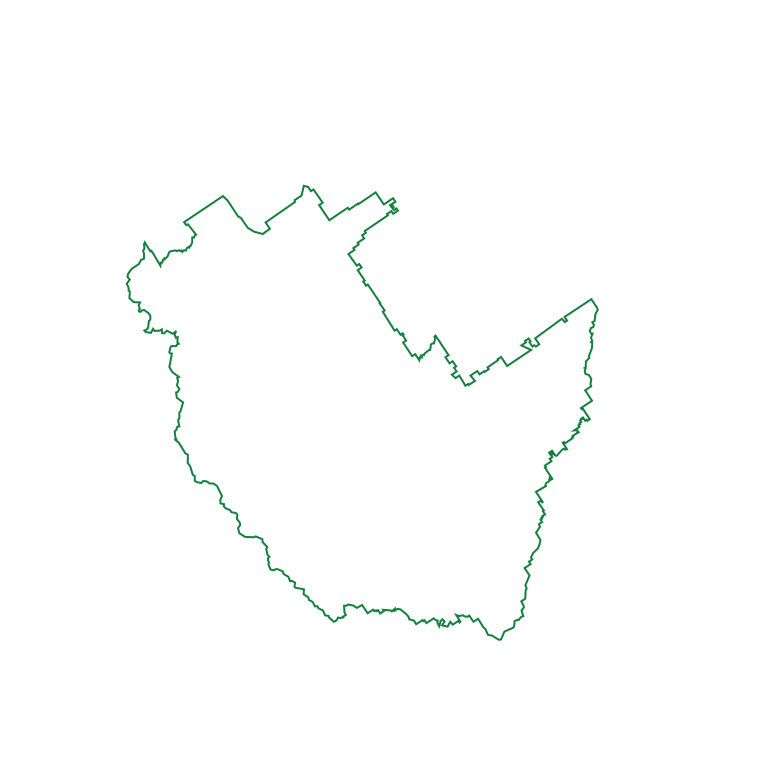 the district of Liverpool Plains, New South Wales, Australia, rotated 47°
{"feature_id": "25037944B45289981242640", "entity_name": "Liverpool Plains", "entity_type": "district", "adm_level": 2, "iso_a3": "AUS", "parent_name": "Australia", "parent_adm1": "New South Wales", "projection": "mercator", "projection_center": [150.406, -31.47], "detail": "fine", "context": "isolated", "style": "outline", "palette": "green", "viewbox_px": 768, "rotation_deg": 47, "n_neighbors": 0, "source": "geoboundaries", "source_scale": "gbopen_adm2", "svg_char_len": 6165}
<svg xmlns="http://www.w3.org/2000/svg" viewBox="0 0 768 768"><g transform="rotate(47 384 384)"><path d="M161.9,376.4L142.9,373.2L136.7,373.7L129.3,419.8L132.8,420.3L133.5,418.5L146.6,419.6L146.2,420.5L147.3,423.0L146.0,424.3L149.5,427.5L151.3,431.8L150.6,432.7L151.3,433.7L150.4,434.0L150.2,435.6L151.3,438.1L149.7,439.0L149.9,441.5L148.2,441.1L147.7,442.4L146.5,442.5L145.4,445.1L144.2,445.3L141.3,449.6L141.2,451.6L143.0,455.0L143.3,458.0L142.3,458.7L143.2,459.7L142.4,460.9L144.0,463.3L143.0,464.5L145.0,466.9L131.7,463.9L127.8,463.3L127.6,464.4L117.3,462.4L118.2,464.4L121.4,466.6L122.2,469.2L125.3,470.9L128.7,474.2L127.5,477.1L129.1,481.5L127.7,490.1L129.0,496.4L130.8,498.6L134.3,498.7L135.2,503.7L140.0,505.4L141.1,506.9L143.3,507.0L147.6,511.7L153.4,511.2L158.0,506.8L159.2,509.8L162.6,511.3L162.7,513.0L163.8,513.7L165.3,512.7L165.0,511.2L166.2,509.0L171.4,507.9L174.7,508.3L177.6,511.1L177.5,512.9L181.8,517.9L182.3,520.3L181.5,522.8L183.3,522.9L187.7,519.6L186.2,515.3L188.6,515.7L191.8,511.9L192.6,509.2L195.2,511.6L197.0,510.4L196.9,506.5L203.2,504.2L203.6,499.8L204.8,503.2L208.3,504.7L209.0,502.9L212.5,506.6L214.6,506.7L213.9,508.2L214.5,510.1L211.2,513.7L211.7,515.4L214.3,519.3L215.5,519.6L217.1,518.4L225.2,529.4L230.7,530.7L239.0,529.2L238.5,531.1L241.4,532.6L243.8,536.4L248.0,537.0L249.2,540.1L248.4,541.8L252.8,544.9L260.4,543.5L264.9,550.9L265.5,553.4L269.3,556.8L270.0,559.2L275.4,562.6L274.3,564.3L276.0,567.3L275.8,569.3L281.5,573.5L282.6,573.4L282.4,574.7L287.2,574.1L299.3,576.6L302.0,575.7L307.9,581.4L312.1,581.9L320.0,585.8L322.2,585.1L325.8,588.4L328.2,587.8L331.8,585.1L331.6,582.4L334.1,580.2L337.9,579.3L340.5,576.6L344.7,575.7L355.5,578.9L357.0,582.7L359.9,585.0L362.7,583.0L364.1,584.5L366.8,584.7L371.0,582.6L373.8,583.0L377.3,580.3L379.7,580.4L382.3,583.6L386.8,584.0L389.0,585.2L389.9,589.1L394.6,591.6L401.2,589.8L407.5,583.5L407.9,581.8L414.5,578.8L416.9,580.6L423.7,580.6L424.3,582.6L429.3,585.6L432.3,585.7L432.2,587.3L433.6,589.1L435.8,589.6L437.5,591.8L442.3,593.5L445.2,591.6L445.8,588.7L451.9,585.8L454.6,587.0L459.7,585.4L464.2,587.2L465.4,585.5L468.7,584.5L471.0,587.6L472.4,587.8L479.6,582.6L483.0,586.2L488.5,584.8L490.7,586.2L494.6,584.8L499.6,586.1L500.9,584.3L503.3,584.9L508.0,583.1L512.9,584.9L515.9,582.7L517.5,583.5L523.7,582.8L524.5,580.1L523.5,576.8L525.4,575.5L526.8,573.1L526.2,573.0L526.9,569.4L524.0,568.6L518.9,564.4L520.6,562.6L520.8,560.6L525.2,557.5L529.3,556.5L530.7,550.7L540.5,552.3L541.6,545.8L543.6,546.1L544.0,544.2L545.1,544.4L545.4,542.6L549.3,543.3L550.0,538.9L548.5,538.7L554.2,533.5L555.7,533.3L555.7,529.4L557.1,530.7L557.6,527.5L560.0,525.7L567.3,524.7L570.9,524.8L573.4,526.0L577.6,523.4L581.6,524.3L583.0,516.8L584.3,517.0L584.5,515.5L587.8,516.1L589.3,507.4L591.7,507.4L593.8,506.1L595.3,507.9L598.8,508.9L596.1,504.3L595.8,501.8L599.0,501.7L600.1,506.1L604.8,503.0L603.1,497.7L606.9,497.8L608.0,491.0L610.0,491.4L610.0,490.3L602.2,488.7L605.1,487.1L607.1,483.9L609.1,483.5L611.2,481.6L611.5,479.6L618.9,480.7L619.8,475.3L630.0,477.3L632.4,477.0L638.4,479.0L641.7,476.6L649.4,474.4L650.7,472.6L647.2,464.8L650.4,455.5L649.6,453.5L646.5,450.3L647.4,447.2L648.4,446.6L647.9,442.4L648.8,440.5L643.4,437.8L642.8,434.2L641.8,433.3L636.6,431.8L637.4,427.2L631.5,421.1L631.0,419.3L627.6,417.8L623.3,408.1L614.5,406.7L615.7,399.6L612.8,399.1L613.5,395.2L611.1,394.8L609.3,390.2L609.2,383.6L607.4,379.7L604.8,376.0L596.4,374.2L594.8,367.4L592.2,366.3L592.8,362.5L590.0,362.1L590.3,360.3L589.2,360.1L589.5,358.4L588.6,358.2L589.2,355.2L585.2,354.5L585.4,353.3L575.6,351.9L576.2,348.7L578.4,349.1L578.5,348.4L566.5,346.4L569.1,335.1L568.0,334.9L567.0,332.9L567.7,330.0L565.8,327.0L567.8,327.4L568.2,325.6L555.0,323.4L555.2,322.2L553.4,321.9L554.7,314.3L551.7,313.8L552.3,310.8L550.1,310.4L550.4,308.8L549.0,308.5L548.7,310.5L546.8,310.1L547.4,306.6L553.1,307.6L554.3,306.6L553.5,298.1L554.2,296.4L555.2,296.5L556.5,294.7L548.9,293.3L549.1,292.0L550.8,292.2L551.5,287.9L552.2,283.4L551.6,283.3L551.8,281.8L550.6,281.5L551.9,274.8L551.0,275.3L550.7,274.4L549.3,274.5L547.7,276.5L548.7,270.3L546.8,269.9L547.2,268.0L546.0,267.8L546.3,265.7L544.4,265.4L544.7,263.4L543.8,263.3L544.2,261.3L547.9,262.0L548.3,260.3L549.6,260.5L550.1,257.5L537.6,255.4L537.4,256.6L535.9,256.4L538.1,243.3L525.8,241.2L527.0,234.0L524.9,233.1L521.6,228.9L517.0,228.0L514.2,229.8L511.7,228.6L510.0,225.8L509.1,226.2L509.3,225.0L505.2,221.0L505.0,216.1L503.4,215.2L499.7,207.7L496.3,203.9L494.5,204.0L494.8,202.6L491.2,200.9L489.4,197.1L488.5,198.1L485.5,197.4L484.2,194.2L485.2,192.3L483.9,190.1L481.0,189.6L481.5,186.9L477.1,181.8L475.6,177.2L473.9,176.3L463.4,174.5L458.1,206.2L462.5,206.9L462.1,209.5L457.6,209.4L453.7,242.3L460.8,243.4L460.2,247.3L458.1,247.7L457.8,249.9L452.6,249.1L452.8,247.7L449.4,247.2L448.7,251.5L450.4,251.8L449.5,257.2L459.4,253.2L454.8,281.7L444.1,279.9L443.4,283.9L444.2,284.0L444.1,286.1L442.4,296.9L444.6,297.3L443.8,302.1L443.0,302.0L442.1,307.5L438.2,306.9L436.8,315.0L443.8,315.4L442.5,322.7L441.3,322.5L440.8,325.6L429.2,323.2L428.5,327.7L423.5,328.0L424.4,322.4L419.9,321.7L420.3,319.2L414.2,318.2L413.6,322.0L406.3,320.8L406.9,317.1L383.8,313.3L383.8,314.8L385.3,315.2L388.4,319.7L387.4,320.7L387.1,322.8L390.6,327.0L389.8,328.1L389.4,333.8L390.2,335.2L388.4,337.2L390.5,338.2L388.9,339.6L390.7,342.0L383.5,340.8L382.9,344.4L366.7,341.7L367.3,338.2L361.1,337.1L361.3,336.1L359.6,335.8L359.3,338.3L352.6,337.3L352.2,339.9L330.3,335.6L330.7,333.4L322.1,332.2L322.2,331.5L300.2,328.0L299.8,330.1L294.9,329.3L295.2,327.5L282.8,325.6L283.5,320.9L279.4,320.3L279.0,323.2L264.7,321.4L265.8,314.1L263.7,313.8L264.7,307.4L262.8,307.1L264.0,299.2L260.3,298.6L261.0,294.1L259.0,293.8L263.3,266.1L261.7,265.8L262.6,260.7L265.8,261.2L266.7,255.6L264.1,255.2L263.6,258.1L261.0,257.8L261.3,256.3L259.5,256.0L259.2,257.9L257.3,257.6L258.6,251.4L254.3,250.7L252.6,261.7L238.2,259.4L235.0,280.1L234.3,279.9L232.7,290.6L230.4,290.3L226.9,312.3L208.9,309.4L209.6,305.2L193.6,302.9L193.1,305.9L188.1,305.1L184.4,307.5L190.0,315.8L188.6,324.1L190.2,325.0L185.1,360.4L192.6,361.6L191.6,370.3L184.3,375.0L176.9,377.1L165.0,375.4L161.9,376.4Z" fill="none" stroke="#15803d" stroke-width="2"/></g></svg>